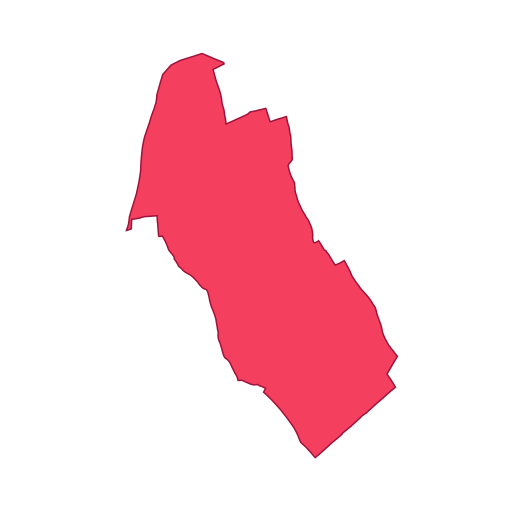 Bueng Kum, Bangkok Metropolis, Thailand, rotated 351°
{"feature_id": "78962969B8359958585386", "entity_name": "Bueng Kum", "entity_type": "district", "adm_level": 2, "iso_a3": "THA", "parent_name": "Thailand", "parent_adm1": "Bangkok Metropolis", "projection": "robinson", "projection_center": [100.65, 13.809], "detail": "fine", "context": "isolated", "style": "filled", "palette": "rose", "viewbox_px": 512, "rotation_deg": 351, "n_neighbors": 0, "source": "geoboundaries", "source_scale": "gbopen_adm2", "svg_char_len": 6037}
<svg xmlns="http://www.w3.org/2000/svg" viewBox="0 0 512 512"><g transform="rotate(351 256 256)"><path d="M323.2,439.1L324.7,437.9L327.3,436.3L331.4,433.6L333.6,432.1L335.5,430.6L338.2,429.3L340.7,428.1L340.9,427.9L353.1,419.8L355.5,418.4L356.0,418.2L356.3,418.0L364.4,412.7L373.2,407.4L371.6,403.3L369.8,399.1L367.2,393.8L366.9,393.1L371.5,387.5L373.9,384.5L374.6,383.7L380.0,377.2L379.2,376.0L377.1,372.0L375.7,369.6L375.0,368.6L374.4,367.1L374.0,366.3L373.1,365.0L372.3,362.7L370.9,358.9L369.8,354.9L369.3,352.6L369.0,350.7L368.8,345.6L368.4,342.7L367.3,337.2L366.8,334.6L366.5,333.1L365.9,326.4L365.6,325.2L365.0,324.1L364.6,323.1L364.1,322.1L363.5,320.5L362.5,318.3L362.4,318.0L361.1,315.3L358.9,311.6L356.6,308.2L356.4,307.7L356.2,307.5L355.4,306.3L354.4,304.8L353.4,302.8L353.1,301.9L351.2,298.4L350.0,296.1L348.7,293.2L348.3,292.2L347.7,290.9L346.0,284.2L342.5,274.3L337.4,276.2L332.8,277.4L331.1,273.6L328.2,266.5L328.1,266.1L327.9,265.6L326.2,262.9L325.8,261.5L324.3,260.7L322.8,256.5L320.3,250.8L320.2,250.9L319.2,251.2L317.6,251.8L316.6,252.0L316.2,252.1L315.6,252.0L315.4,251.8L315.0,251.0L314.8,250.3L314.7,249.6L314.7,248.1L314.8,246.9L315.4,243.6L315.5,242.3L315.5,241.7L315.5,240.7L315.4,238.8L315.4,238.2L315.4,237.5L315.3,236.5L314.9,235.1L314.3,232.6L313.6,229.9L313.2,228.7L312.7,227.7L312.3,226.7L312.0,226.3L311.5,225.5L311.2,224.0L311.0,223.4L308.9,218.5L308.5,217.6L308.4,217.0L308.1,215.9L307.7,214.3L307.0,211.9L306.5,210.3L305.7,206.4L305.5,203.4L305.1,201.4L304.9,199.7L304.8,197.7L304.8,196.8L305.1,195.2L305.4,190.2L305.1,188.6L303.9,185.1L303.2,182.8L303.1,182.3L302.7,180.0L302.2,177.8L302.1,176.1L301.8,172.3L301.9,171.7L302.2,171.1L302.6,170.6L303.5,169.7L304.2,169.2L305.2,168.2L305.8,167.6L306.4,167.1L306.8,166.6L307.0,165.8L307.2,165.0L307.3,162.2L307.6,160.8L307.8,158.4L308.0,158.0L308.0,156.3L308.2,150.9L308.6,146.9L309.0,143.9L308.9,141.5L308.7,139.9L308.7,139.2L308.8,137.3L308.8,133.7L308.7,132.9L308.2,130.4L307.9,125.2L307.9,123.1L307.3,123.1L305.1,123.4L303.2,123.8L300.4,124.0L298.4,124.3L297.2,124.6L296.2,124.7L293.6,125.2L292.1,125.5L291.1,125.7L290.8,124.8L290.5,122.7L290.3,121.3L290.2,120.6L290.0,119.6L289.6,116.7L289.3,115.2L289.0,112.8L288.8,112.0L288.7,111.7L288.3,111.7L286.9,111.9L284.3,112.1L283.2,112.3L282.5,112.3L282.1,112.2L281.9,112.2L281.4,112.3L278.3,112.6L272.7,112.8L272.4,112.9L270.8,114.1L270.5,114.3L268.9,114.9L268.3,115.2L266.7,115.6L252.2,119.6L248.3,120.6L247.2,120.9L246.9,120.9L247.2,118.1L247.3,116.7L247.1,112.4L247.2,106.4L247.1,105.8L246.8,103.7L246.5,101.9L246.4,100.7L246.4,99.3L246.4,97.7L246.5,97.0L246.5,96.6L246.6,95.9L246.4,92.0L246.2,89.3L246.0,87.7L245.8,86.2L245.7,85.8L245.6,85.2L245.4,84.4L245.2,82.9L244.7,80.6L244.4,78.7L244.1,77.0L243.8,74.8L243.7,73.8L243.5,71.6L242.9,66.2L242.7,65.0L254.5,61.3L254.3,59.9L252.7,58.8L251.4,58.1L245.9,54.8L240.9,51.6L236.2,48.7L234.4,47.6L232.7,47.8L230.5,48.2L228.7,48.4L226.9,48.8L222.4,49.4L221.8,49.5L217.0,50.2L214.3,50.6L212.0,51.0L210.0,51.5L207.4,52.4L205.1,53.1L202.4,54.0L201.6,54.4L200.6,55.2L200.5,55.3L194.9,60.0L192.2,62.2L190.0,66.9L188.3,70.4L186.6,74.2L184.9,77.8L184.0,79.7L183.1,82.0L182.5,84.9L181.8,87.0L181.2,89.0L180.9,89.6L180.5,90.3L179.3,92.7L178.7,94.0L176.2,98.5L175.4,99.9L174.1,102.4L171.8,107.2L169.9,110.8L166.6,117.1L165.1,119.9L164.4,121.4L162.8,125.3L161.6,128.7L160.5,132.1L159.9,134.3L159.1,137.3L158.4,140.0L157.3,144.4L156.7,147.3L155.6,152.8L155.1,154.8L153.5,159.8L152.5,163.0L151.5,165.8L147.6,175.9L144.7,181.9L141.3,188.7L140.9,189.5L138.8,193.9L137.2,197.3L135.4,203.5L134.9,204.9L133.5,207.7L132.0,210.5L133.0,210.4L136.9,209.8L137.0,209.6L137.3,208.7L137.8,205.9L138.6,202.0L138.9,201.0L139.1,200.2L139.6,200.2L139.7,200.3L140.9,200.4L146.5,200.4L148.5,200.1L149.9,199.8L151.6,199.8L152.3,199.7L153.6,199.8L153.8,199.8L154.0,199.9L157.2,200.2L159.3,200.3L164.6,200.8L164.6,201.0L164.3,203.2L164.0,206.5L163.9,209.2L163.5,214.0L163.1,218.6L163.0,220.6L163.0,221.0L163.2,221.5L163.5,221.6L165.5,221.6L166.2,221.6L166.6,221.7L166.8,221.9L166.9,222.1L167.6,224.4L168.2,225.9L168.7,227.3L169.0,228.5L169.8,231.5L170.2,233.5L170.3,234.2L170.5,235.4L171.0,236.9L172.0,238.7L173.5,241.1L174.1,242.4L175.1,244.0L175.1,244.3L174.9,244.8L174.8,245.3L174.8,245.8L174.8,246.1L175.3,247.3L175.6,247.7L176.2,249.0L176.9,250.8L177.3,251.5L177.8,253.5L178.5,254.7L179.5,255.6L180.7,257.2L181.1,257.7L181.5,258.6L181.8,258.8L182.3,259.5L183.0,260.3L184.0,261.2L186.1,262.9L186.8,263.5L187.6,264.1L188.1,264.3L189.4,265.8L190.2,266.9L190.7,267.3L193.1,270.9L194.5,272.8L194.7,273.5L195.0,274.1L195.5,275.0L195.9,275.8L196.6,276.7L197.3,277.8L197.4,278.2L197.6,278.3L197.9,278.8L198.2,279.1L198.7,279.5L198.8,279.7L199.6,280.3L200.3,280.6L200.8,280.9L201.2,281.0L201.5,281.3L202.1,282.1L202.3,282.8L202.6,283.7L202.9,285.4L203.0,287.1L203.2,288.9L203.3,293.6L203.6,296.1L203.9,298.2L204.1,299.6L204.4,300.6L204.9,302.6L206.0,308.1L206.6,312.7L206.5,314.1L206.5,315.1L206.5,316.1L206.6,321.1L206.5,321.7L206.6,322.8L206.7,324.8L206.7,325.6L206.1,328.2L205.9,330.5L205.9,331.5L206.1,333.1L206.5,335.1L207.0,336.8L208.2,347.4L208.6,349.7L209.5,351.8L209.9,352.3L211.1,353.3L212.4,355.1L213.4,356.9L214.7,361.1L215.0,362.5L216.0,365.4L216.8,368.2L218.2,371.5L218.5,373.0L218.8,376.1L220.0,376.3L221.5,376.4L222.1,376.4L222.6,376.5L224.2,377.5L225.2,378.2L226.1,378.8L227.3,379.6L227.8,379.9L229.4,380.9L230.2,381.4L230.6,381.7L231.4,382.0L233.3,382.9L235.1,383.1L236.9,383.2L237.6,383.2L238.9,384.5L239.9,385.1L241.6,386.0L243.3,387.2L244.4,387.6L244.8,388.0L242.2,391.7L244.0,393.9L246.5,397.1L249.7,401.6L254.0,408.2L256.3,411.8L258.4,415.6L262.0,422.1L265.1,428.4L266.6,431.5L267.2,433.1L268.3,436.4L269.0,438.6L270.3,444.2L270.8,446.1L271.1,447.0L271.6,447.9L272.9,449.5L274.3,451.2L275.5,452.7L279.6,459.0L282.9,464.4L286.1,462.5L290.8,459.6L294.5,457.1L298.7,454.5L299.2,453.9L300.1,453.4L303.1,451.5L303.7,451.3L305.4,450.1L306.5,449.5L306.8,449.4L313.1,445.5L313.1,445.1L313.7,444.6L321.6,439.9L323.2,439.1Z" fill="#f43f5e" stroke="#9f1239" stroke-width="1.5"/></g></svg>